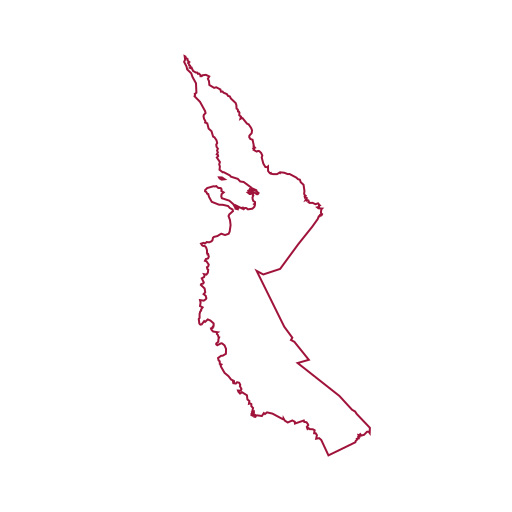 Davao Oriental, Davao Oriental, Philippines (Albers equal-area conic projection), rotated 155°
{"feature_id": "2640588B31007762864019", "entity_name": "Davao Oriental", "entity_type": "district", "adm_level": 2, "iso_a3": "PHL", "parent_name": "Philippines", "parent_adm1": "Davao Oriental", "projection": "albers", "projection_center": [126.307, 7.136], "detail": "fine", "context": "isolated", "style": "outline", "palette": "rose", "viewbox_px": 512, "rotation_deg": 155, "n_neighbors": 0, "source": "geoboundaries", "source_scale": "gbopen_adm2", "svg_char_len": 6106}
<svg xmlns="http://www.w3.org/2000/svg" viewBox="0 0 512 512"><g transform="rotate(155 256 256)"><path d="M227.8,47.5L225.4,52.2L231.5,70.3L231.9,73.2L233.9,76.0L239.6,94.0L263.5,141.4L252.0,139.6L257.5,162.0L259.8,165.1L257.6,166.6L260.3,180.0L261.7,242.2L257.2,236.2L239.6,234.1L212.4,249.0L192.6,258.8L184.3,263.5L182.4,265.4L181.7,265.1L180.8,266.0L180.2,265.3L179.6,265.9L179.0,265.5L178.4,266.0L179.0,267.2L178.6,268.4L176.9,270.8L176.1,271.1L179.2,272.8L179.9,274.2L178.1,273.9L177.6,275.2L176.8,275.0L177.5,277.5L180.2,277.8L182.3,280.3L184.9,281.4L185.7,282.6L185.1,283.1L185.1,284.3L186.3,284.8L186.2,285.3L186.6,285.0L186.8,285.8L187.2,285.7L187.4,285.7L185.5,287.1L186.4,288.7L186.9,288.5L186.8,289.3L185.7,289.8L186.6,290.8L186.1,290.6L186.1,292.0L184.6,294.5L182.8,300.5L184.3,304.0L184.0,306.6L185.5,307.9L186.3,310.0L190.9,316.1L192.7,316.9L195.3,319.6L198.4,321.4L199.0,321.1L199.1,321.7L202.4,321.3L205.8,322.9L207.7,324.3L207.5,325.0L208.4,325.2L208.8,326.4L209.1,328.0L207.3,332.1L208.4,331.8L209.9,332.7L210.3,336.7L209.2,342.9L207.8,344.4L207.8,347.2L208.7,349.6L209.6,350.3L211.3,350.4L213.3,353.2L212.8,353.6L213.0,354.7L211.2,354.6L211.8,356.7L211.3,357.1L210.0,362.8L211.7,364.5L211.9,366.6L211.1,367.9L208.0,369.2L206.5,371.5L206.3,373.9L207.0,378.4L208.2,379.7L209.9,386.5L210.3,387.0L212.2,386.9L210.7,388.7L211.7,390.6L210.4,393.0L210.5,394.1L211.2,394.6L210.6,396.4L211.3,397.9L210.0,401.2L209.8,403.3L212.2,409.3L212.3,411.7L213.7,412.9L214.0,415.1L216.4,417.7L216.8,419.2L218.3,419.7L217.9,422.0L220.7,425.7L222.9,426.1L226.0,430.7L224.7,434.4L224.7,437.0L222.5,438.5L224.9,441.4L228.1,442.4L229.2,441.9L230.3,442.4L229.9,443.6L230.6,445.4L231.6,445.6L231.7,447.0L233.0,447.7L234.8,450.3L234.8,453.8L235.5,453.6L236.3,454.4L235.7,454.5L235.3,456.3L236.0,456.9L235.6,458.0L236.0,459.6L234.5,460.0L235.4,462.1L234.8,463.4L235.8,465.1L235.7,466.6L236.2,467.3L237.2,464.0L239.1,462.3L238.9,457.2L239.5,454.2L237.5,449.0L237.9,445.0L237.4,437.9L241.0,429.2L243.0,428.8L243.1,427.7L244.2,426.8L241.6,419.4L240.9,408.9L241.3,406.9L243.7,405.9L244.5,404.8L245.1,402.4L244.9,399.4L245.7,398.5L244.1,396.8L245.1,391.5L243.6,387.9L244.4,382.3L243.5,381.2L242.9,377.7L243.4,374.8L244.9,373.8L245.6,371.8L245.2,369.3L246.7,368.1L246.8,366.0L248.6,364.7L247.8,363.6L248.1,362.5L249.9,361.8L249.0,356.4L250.6,354.7L250.9,352.4L252.6,349.6L250.8,345.9L249.9,345.7L245.7,340.2L245.2,338.5L239.9,333.6L238.8,330.2L235.9,328.3L231.6,320.4L230.2,316.7L229.4,315.9L229.4,317.2L227.9,315.5L228.1,314.0L227.1,312.0L228.3,311.3L229.2,311.7L230.4,313.8L231.4,314.4L231.8,315.8L232.5,316.0L232.1,316.6L232.8,317.1L232.2,317.8L233.4,319.2L234.5,318.3L235.3,318.4L235.2,316.8L236.6,317.0L235.6,314.9L234.9,314.6L234.2,315.6L233.6,314.7L233.6,315.1L232.8,315.0L233.0,314.0L232.4,313.7L233.1,312.8L232.8,312.1L234.4,310.6L235.0,309.0L235.2,307.1L234.1,305.3L234.7,304.0L235.8,303.8L235.3,302.8L236.7,301.3L239.3,300.4L243.6,301.7L244.5,303.5L245.7,304.2L246.7,303.9L246.5,304.5L246.8,304.0L247.2,304.1L247.4,305.4L247.9,305.5L247.4,304.4L248.1,304.4L253.1,310.6L253.6,309.6L252.3,308.7L251.7,306.8L252.8,306.1L254.5,307.5L254.9,306.7L254.5,307.8L253.9,307.3L253.5,308.0L252.7,306.7L252.5,307.2L253.5,308.1L253.2,308.5L254.4,309.1L254.7,312.7L256.8,317.4L262.5,322.8L262.3,324.7L261.0,326.6L258.4,327.3L259.9,329.5L259.0,331.1L259.3,332.5L261.4,333.6L262.5,336.2L263.7,336.3L265.1,337.2L271.5,338.2L274.3,337.2L274.8,336.1L274.0,335.0L273.9,332.9L273.1,332.3L273.6,329.6L273.2,323.8L267.8,318.1L264.4,316.4L260.2,313.1L259.4,310.5L257.6,308.1L257.9,306.4L262.6,305.0L264.0,303.8L264.4,299.5L266.0,294.7L269.6,289.2L271.4,287.7L275.2,288.1L278.1,290.9L282.6,290.4L286.1,291.1L287.3,290.7L288.8,288.7L290.2,288.1L292.7,288.2L294.8,289.5L296.6,288.9L298.0,290.1L300.6,290.4L300.4,288.6L299.6,287.4L298.4,287.1L297.6,285.0L298.0,281.8L299.2,279.4L298.6,278.4L299.2,277.8L298.7,277.3L299.1,275.3L300.5,274.1L302.8,274.4L304.3,273.2L303.1,272.1L302.5,268.1L303.8,266.7L305.2,266.6L305.6,264.7L305.1,263.8L306.7,261.2L308.8,260.1L310.8,261.5L310.7,260.3L311.9,258.9L314.6,258.7L314.5,254.1L315.4,253.4L317.5,253.7L318.2,253.1L316.3,248.3L317.4,244.5L319.6,243.6L318.4,241.2L318.8,238.8L319.6,238.1L322.2,237.6L325.4,239.7L325.9,237.2L327.9,234.3L326.1,232.0L328.5,230.6L328.8,229.7L330.0,229.3L331.7,227.2L333.3,223.7L334.5,223.1L335.9,218.7L335.4,217.3L334.1,217.0L330.5,218.9L330.0,217.8L326.5,218.9L324.5,216.6L322.9,212.8L323.7,211.0L325.2,210.1L323.7,210.1L325.6,209.6L325.8,209.1L327.4,209.4L327.5,207.9L326.8,205.7L323.0,203.1L323.8,203.0L324.4,201.9L323.9,200.3L324.3,198.2L323.8,197.8L325.3,196.4L326.4,194.2L329.0,193.5L329.4,192.7L328.8,191.5L324.4,191.6L323.6,191.0L322.3,188.3L322.4,184.5L324.6,180.1L328.3,179.7L329.8,180.3L333.5,179.6L334.0,177.2L333.4,175.9L334.4,173.5L333.2,172.3L334.3,171.8L334.5,170.6L333.9,163.4L331.7,158.7L330.8,154.6L328.8,152.1L329.0,151.5L330.0,151.6L330.3,150.3L328.2,148.9L326.5,149.6L324.8,148.2L324.7,145.9L325.6,144.9L325.4,141.6L326.8,140.4L329.2,141.7L329.3,140.4L328.6,138.1L326.2,138.4L323.1,133.6L324.4,129.6L323.3,127.4L324.8,125.1L323.7,125.0L322.8,123.8L323.7,121.8L322.9,119.5L324.8,117.1L324.2,116.2L323.6,116.2L323.8,115.5L325.7,115.9L325.8,114.7L325.4,114.6L325.8,113.7L326.5,113.7L326.4,115.5L327.4,113.7L326.5,112.7L325.3,113.3L325.3,114.8L324.8,114.9L324.6,113.5L324.2,113.7L325.0,112.7L324.2,112.7L323.7,112.0L324.0,111.6L324.8,112.1L325.4,111.0L324.6,110.5L324.2,111.1L322.3,111.1L318.3,108.5L315.3,110.3L314.7,109.0L312.1,109.6L307.7,106.2L300.6,96.7L300.1,96.5L299.7,97.2L299.5,94.7L297.6,91.7L292.6,91.6L290.9,89.4L291.5,87.7L282.2,86.7L282.4,85.2L280.5,84.0L280.0,81.4L280.1,80.7L282.2,79.6L282.4,77.5L281.1,77.8L280.7,76.5L277.7,74.9L276.5,73.3L278.2,70.8L276.8,70.1L276.5,67.9L278.7,65.0L275.7,64.2L274.6,61.6L274.6,44.7L244.7,45.2L243.7,46.3L241.9,46.9L241.8,47.7L240.0,47.3L239.9,48.7L238.4,48.4L237.9,49.2L238.9,49.8L238.8,50.5L238.0,49.9L236.8,50.5L236.3,48.7L233.6,48.3L229.7,49.8L228.1,49.1L227.8,47.5ZM252.0,338.8L253.7,341.6L256.3,342.9L256.2,341.7L254.8,339.7L252.0,338.8Z" fill="none" stroke="#9f1239" stroke-width="2"/></g></svg>